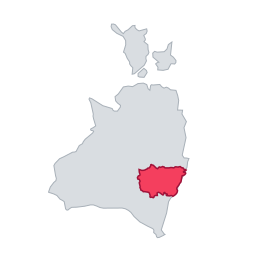 where Lääne-Viru sits in Estonia, rotated 101°
{"feature_id": "EST-1658", "entity_name": "Lääne-Viru", "entity_type": "County", "adm_level": 1, "iso_a3": "EST", "parent_name": "Estonia", "parent_adm1": "", "projection": "orthographic", "projection_center": [26.348, 59.26], "detail": "fine", "context": "in_parent", "style": "filled", "palette": "rose", "viewbox_px": 256, "rotation_deg": 101, "n_neighbors": 0, "source": "natural_earth", "source_scale": "10m", "svg_char_len": 4467}
<svg xmlns="http://www.w3.org/2000/svg" viewBox="0 0 256 256"><g transform="rotate(101 128 128)"><path d="M206.4,193.5L205.5,193.7L200.8,193.0L195.7,190.5L193.4,188.7L191.2,188.7L188.6,190.0L179.0,193.6L176.6,192.8L171.2,189.3L168.4,185.4L162.3,177.8L161.8,175.9L161.0,174.5L154.5,172.5L152.1,169.7L150.1,169.3L147.2,167.9L139.6,161.7L137.7,161.1L137.3,162.1L137.4,163.6L136.9,164.4L135.9,164.3L134.2,162.1L132.1,160.1L125.4,163.6L123.0,164.6L121.0,164.7L110.4,169.3L107.1,171.8L105.8,171.5L106.2,169.0L110.9,157.0L111.9,147.3L113.5,146.0L114.0,144.7L113.4,141.6L109.0,139.5L107.2,139.7L105.5,143.0L103.7,145.3L99.7,146.7L96.4,144.0L88.6,140.4L86.8,135.8L86.5,131.3L82.5,126.7L81.0,121.5L81.8,117.9L85.7,115.7L86.8,113.7L82.1,113.9L81.1,113.3L81.0,111.5L79.2,105.1L81.1,102.7L82.0,100.3L80.6,98.2L81.1,95.9L82.4,93.6L81.9,88.1L86.7,85.4L91.3,83.5L100.9,82.8L100.1,77.8L104.0,77.7L110.6,71.9L117.0,73.1L126.4,69.2L144.3,69.6L146.7,67.2L146.3,64.8L146.4,62.3L149.8,63.0L155.4,62.6L176.4,67.7L181.6,67.7L188.8,72.8L192.6,74.1L204.1,73.9L221.7,75.9L225.1,72.3L225.4,71.4L227.1,73.3L229.4,76.4L230.0,78.1L229.3,79.2L227.2,80.2L226.7,81.1L225.8,82.8L223.3,83.1L222.1,84.4L220.7,89.7L217.9,98.5L213.7,105.2L210.3,109.0L208.8,111.8L207.8,115.2L207.7,118.5L211.4,137.0L211.4,140.4L210.6,143.8L210.1,147.3L210.7,150.3L213.0,155.5L215.5,163.2L216.6,168.1L218.2,169.9L219.8,171.1L220.2,172.0L220.1,172.8L219.3,173.8L212.4,176.6L211.5,178.8L210.8,181.2L207.8,184.9L206.9,188.3L206.4,192.2L206.4,193.5ZM52.0,122.4L54.2,124.0L56.4,123.7L58.6,122.7L63.2,124.0L73.5,132.1L74.4,134.2L67.9,134.8L66.4,137.0L64.8,138.6L62.9,139.0L59.7,142.1L55.3,145.0L54.4,146.9L46.8,146.1L42.6,147.0L39.0,150.3L37.2,157.0L34.4,162.2L31.8,163.9L29.2,164.0L28.7,162.0L29.1,160.0L35.0,152.9L36.3,150.6L33.7,149.3L31.5,146.6L26.8,143.2L26.0,140.7L27.2,140.6L28.4,140.0L29.8,138.0L30.6,135.7L27.1,128.6L29.2,127.7L31.7,128.1L34.1,130.2L37.1,128.1L38.3,127.8L40.2,128.8L42.5,124.4L47.3,123.2L49.8,121.9L52.0,122.4ZM62.6,110.2L59.8,113.1L58.3,111.8L57.5,110.3L53.7,117.0L49.8,118.0L47.7,116.5L48.0,113.9L46.2,107.0L43.0,104.8L38.4,104.3L35.2,101.3L48.3,100.2L49.8,97.0L52.6,93.8L54.6,93.5L56.3,94.4L56.5,97.0L56.8,98.1L62.7,99.9L64.7,104.5L65.3,109.9L62.6,110.2ZM75.3,128.0L72.6,128.5L66.4,123.8L68.0,120.9L69.9,119.8L75.2,121.9L75.8,126.5L75.3,128.0Z" fill="#d9dde1" stroke="#a8b0b8" stroke-width="1"/><path d="M156.7,66.3L157.0,66.2L157.5,65.7L158.0,64.8L157.7,64.3L158.2,62.9L158.9,63.3L159.6,64.5L160.1,65.2L160.8,65.0L160.8,64.6L160.7,64.1L160.7,63.5L161.1,62.9L161.5,62.7L161.9,62.8L163.0,63.4L164.2,64.6L164.3,64.8L164.4,65.2L164.4,65.6L164.7,65.8L170.7,65.7L171.3,65.9L172.6,66.7L174.5,67.2L176.3,68.2L177.5,68.6L178.2,68.6L178.8,68.4L179.8,67.5L180.3,67.4L181.6,67.5L182.8,67.8L184.0,68.5L185.2,69.5L186.5,70.9L186.4,71.0L186.1,71.8L186.0,72.3L186.0,72.6L186.1,72.9L186.7,74.2L186.8,74.8L186.8,75.5L187.0,77.0L186.7,77.4L186.2,76.8L186.0,76.7L185.8,76.7L185.6,76.8L185.4,77.1L185.2,77.3L185.4,78.6L184.9,79.2L184.3,79.5L184.3,79.9L184.6,80.3L184.8,80.4L185.1,80.4L185.4,80.3L186.7,80.5L187.0,80.7L187.1,81.0L186.8,81.8L185.5,84.5L185.3,85.9L185.8,86.6L186.2,87.0L186.4,87.0L188.6,86.3L188.9,87.9L189.1,88.5L189.7,89.1L190.2,89.3L191.1,89.4L191.5,89.7L191.6,90.0L191.4,91.8L191.6,92.2L191.7,92.5L191.8,92.8L191.6,93.1L191.4,93.3L189.7,93.5L187.5,94.9L187.3,95.2L187.2,96.1L187.3,99.6L187.6,100.5L187.6,100.9L187.4,101.2L186.9,101.7L186.8,102.2L186.7,102.7L186.7,103.1L186.6,103.4L186.3,103.6L185.4,104.0L184.2,104.9L183.4,104.9L183.1,104.9L181.4,105.7L180.1,106.3L179.6,106.5L178.9,106.4L178.6,106.1L177.9,106.0L176.3,107.2L176.3,108.2L176.3,108.4L176.2,108.7L174.8,109.3L173.1,108.7L172.2,107.4L171.7,107.3L171.1,107.4L169.2,108.5L166.6,109.2L166.7,108.5L166.8,107.7L166.9,107.2L167.0,106.7L166.9,106.1L166.8,105.4L166.4,104.2L166.0,103.4L165.4,102.7L164.4,101.3L163.8,101.1L163.0,99.4L162.6,99.1L161.9,99.0L161.0,98.6L160.6,98.5L159.7,98.6L159.4,98.2L159.7,97.0L159.8,95.8L160.8,94.6L161.2,93.7L162.1,92.5L162.3,91.1L161.2,90.6L160.4,90.0L160.2,89.5L160.5,88.8L160.1,88.1L159.6,87.1L159.4,86.9L159.2,86.7L159.2,86.2L159.4,85.7L159.5,85.2L159.4,85.0L160.0,84.4L160.0,83.9L160.0,83.5L159.4,80.4L159.2,79.7L158.8,79.0L158.7,78.5L158.5,77.9L158.5,77.3L158.4,76.6L158.5,76.1L158.4,75.7L158.3,75.3L157.4,74.6L157.1,74.1L157.0,73.8L156.8,71.2L156.4,70.7L156.3,70.4L156.0,69.7L155.9,69.4L156.0,69.0L156.6,68.3L156.7,68.0L156.7,66.5L156.7,66.3Z" fill="#f43f5e" stroke="#9f1239" stroke-width="1.5"/></g></svg>